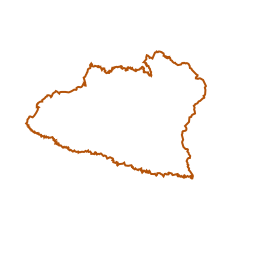 Alvarado, Tolima, Colombia (Albers equal-area conic projection), rotated 63°
{"feature_id": "7082276B11869280897475", "entity_name": "Alvarado", "entity_type": "district", "adm_level": 2, "iso_a3": "COL", "parent_name": "Colombia", "parent_adm1": "Tolima", "projection": "albers", "projection_center": [-75.005, 4.576], "detail": "fine", "context": "isolated", "style": "outline", "palette": "amber", "viewbox_px": 256, "rotation_deg": 63, "n_neighbors": 0, "source": "geoboundaries", "source_scale": "gbopen_adm2", "svg_char_len": 5724}
<svg xmlns="http://www.w3.org/2000/svg" viewBox="0 0 256 256"><g transform="rotate(63 128 128)"><path d="M95.0,49.3L94.8,50.7L95.5,51.9L94.6,55.0L92.1,56.4L91.3,56.4L90.9,57.4L89.3,58.2L88.0,58.3L86.7,59.2L84.8,58.7L84.1,59.8L83.3,59.1L82.8,60.4L83.7,61.2L83.0,61.9L82.3,62.2L81.7,61.5L81.1,62.0L81.3,62.7L80.2,63.0L79.8,63.5L78.8,62.7L77.6,62.5L76.4,63.4L75.8,63.5L74.5,64.8L73.8,65.8L74.0,67.0L72.8,67.8L73.3,68.8L73.1,69.8L77.2,74.7L75.6,75.7L75.4,76.9L74.5,76.7L72.7,77.3L71.7,78.2L73.3,79.7L75.0,80.4L76.5,84.0L76.9,83.3L77.9,83.2L78.4,82.4L79.8,82.5L79.8,83.2L81.5,83.1L81.8,81.8L82.1,81.6L84.3,82.0L85.0,81.6L87.5,82.2L88.7,82.0L89.6,82.9L91.6,83.2L92.1,83.7L90.6,84.2L90.9,85.1L90.7,85.2L89.8,85.0L88.8,85.4L87.6,84.9L86.6,86.7L85.6,87.7L85.8,88.3L85.5,88.6L84.5,88.2L83.9,87.5L82.8,87.7L82.2,86.7L81.1,86.8L80.0,87.4L80.0,88.0L81.0,89.0L80.5,89.8L81.1,91.2L80.5,93.5L79.7,94.3L80.8,94.7L80.9,95.2L79.3,96.4L78.6,96.5L77.4,97.8L76.4,97.2L76.2,98.7L75.2,98.5L75.0,99.8L74.0,100.2L73.9,100.8L74.5,101.6L76.0,101.9L75.8,103.9L75.5,104.0L74.5,102.7L72.6,104.5L72.7,106.1L71.3,106.7L70.5,105.6L70.0,105.7L69.6,106.3L69.5,108.3L69.1,108.8L69.2,109.6L68.4,110.2L68.0,111.6L68.3,112.8L67.7,112.9L67.7,113.5L67.3,114.5L68.8,114.9L68.9,115.2L68.4,115.7L70.1,117.2L70.0,117.7L69.1,117.9L68.5,118.6L68.9,119.3L69.9,119.3L70.4,119.8L70.1,120.4L69.2,120.6L69.5,121.4L69.3,122.3L67.2,123.1L66.8,122.2L65.3,122.6L64.2,122.1L63.5,123.1L64.5,124.9L62.0,124.8L61.5,125.2L60.9,124.9L60.8,125.5L59.9,125.9L60.4,126.6L60.3,127.0L60.0,127.2L59.2,126.8L58.8,127.9L57.6,129.2L57.8,129.7L57.6,130.8L56.5,131.9L55.0,131.1L54.7,131.3L54.9,131.7L53.9,131.6L54.7,133.2L55.3,133.1L55.3,133.4L56.8,133.9L57.5,134.5L57.3,136.4L57.6,137.1L59.7,138.7L59.9,139.4L60.8,140.1L61.3,141.1L62.8,142.8L63.0,144.6L69.2,145.8L68.0,145.7L67.7,146.4L70.2,146.2L71.0,146.5L70.7,147.0L68.7,147.5L68.5,147.8L69.9,149.7L70.3,150.9L70.1,152.0L69.1,153.1L68.8,153.9L68.9,155.6L70.3,156.3L70.5,156.8L69.4,158.5L69.6,161.9L69.4,164.6L67.4,167.5L65.4,171.5L65.3,172.6L66.1,173.6L63.7,174.5L62.3,175.5L62.9,176.6L63.0,178.6L63.5,179.7L65.2,181.7L65.5,182.6L64.3,182.6L63.6,182.9L62.5,184.3L62.3,185.2L63.1,186.0L62.9,187.1L63.7,188.7L64.2,191.8L65.5,192.4L64.7,194.2L64.9,196.8L65.5,197.4L65.4,198.0L66.1,198.8L67.8,199.7L67.8,198.9L69.1,198.1L69.3,199.3L70.7,200.0L72.7,202.8L74.5,206.0L75.2,208.1L73.2,210.0L73.1,210.7L74.3,212.2L74.8,213.7L76.9,215.0L77.7,216.7L79.4,215.9L80.2,216.4L80.6,215.6L81.1,216.1L81.6,215.9L82.1,216.3L82.7,215.6L83.2,215.9L84.6,215.2L85.0,215.6L85.6,215.1L86.5,215.2L86.6,214.5L88.7,214.1L89.5,213.5L89.2,213.0L90.1,213.0L90.1,212.5L91.1,211.9L91.4,210.8L92.1,211.1L92.4,210.1L93.0,210.4L93.6,210.2L94.7,208.5L95.7,208.6L95.9,209.1L96.3,209.1L96.2,208.2L96.6,207.4L97.5,207.0L97.4,206.6L98.1,206.8L97.8,206.3L98.4,206.0L98.4,205.4L99.3,205.3L99.4,205.0L99.0,204.7L99.5,204.6L99.7,203.4L100.9,203.1L100.8,202.5L101.4,201.5L101.8,199.5L102.7,199.3L103.4,199.6L104.1,199.0L105.0,199.8L105.8,199.1L106.0,198.3L106.5,199.2L107.6,198.8L108.2,199.3L108.0,198.0L109.2,198.4L109.7,197.8L110.0,197.9L110.1,198.7L111.3,197.8L110.8,197.0L112.4,197.2L113.0,195.8L115.7,195.0L115.7,193.8L116.3,193.9L116.4,193.0L117.0,192.5L116.8,191.8L118.0,191.4L118.0,190.1L118.7,190.0L119.3,190.8L119.8,190.9L121.4,190.0L121.1,189.4L121.6,188.9L124.0,187.8L123.7,186.0L124.8,185.8L125.9,184.8L126.4,183.1L127.3,183.3L127.1,182.6L127.8,181.9L128.2,179.9L129.4,178.0L129.2,176.2L130.3,175.6L130.0,173.9L130.9,174.2L131.5,173.9L131.8,172.4L133.3,172.1L134.4,172.5L135.1,170.9L136.0,169.9L135.8,169.4L134.8,168.7L134.7,168.2L135.4,167.7L136.4,168.2L137.5,167.8L137.3,166.5L138.4,165.3L138.2,164.2L138.5,163.6L141.8,162.6L141.9,161.3L143.1,160.3L145.8,160.4L145.9,157.3L148.3,155.4L149.0,155.4L149.7,156.6L150.6,155.8L151.8,156.6L153.6,154.8L153.7,154.3L153.1,153.7L154.1,152.9L155.5,153.3L155.9,154.5L156.6,154.4L156.1,152.4L157.4,149.0L157.2,147.1L158.6,147.4L160.2,147.3L161.8,145.0L162.7,141.9L163.2,141.7L164.6,142.2L165.1,141.4L166.0,141.8L167.8,140.8L167.4,139.8L168.2,139.6L170.1,138.1L169.7,137.5L170.1,136.4L170.1,134.6L170.8,134.9L171.3,135.9L171.7,135.9L172.4,134.7L173.8,135.6L174.2,135.6L173.3,133.0L174.3,132.3L175.4,132.3L175.6,131.8L174.4,130.7L175.7,130.3L176.5,131.0L177.3,130.0L177.1,129.1L176.1,129.3L175.8,128.5L176.6,128.3L178.3,128.5L179.5,128.2L181.0,125.5L181.0,124.8L183.2,124.4L183.0,123.6L181.6,122.3L182.7,120.1L184.1,119.5L184.8,118.8L187.2,118.3L185.6,116.2L185.9,115.2L187.0,114.5L187.7,113.0L187.5,112.6L186.3,112.3L186.3,111.9L188.4,109.7L189.7,109.8L190.3,109.5L191.5,104.6L192.3,104.6L192.6,105.5L193.6,105.5L194.3,104.4L193.8,103.7L195.4,103.0L195.2,102.0L195.9,101.9L197.7,100.7L197.6,100.0L196.4,100.2L196.0,99.5L195.0,99.3L198.1,98.6L197.8,96.8L199.1,96.0L199.2,93.8L200.1,93.5L201.0,94.6L202.0,94.0L202.1,93.6L200.4,92.1L199.5,91.8L194.5,92.4L193.1,92.9L191.7,91.9L190.3,92.4L189.4,92.3L189.0,91.4L188.4,91.0L187.5,91.5L186.2,90.8L184.1,90.8L182.7,89.1L182.2,87.8L182.8,86.5L181.2,85.3L178.8,85.7L177.5,85.3L175.9,85.8L174.7,84.5L174.1,84.5L173.6,84.9L172.8,86.3L170.0,87.2L165.6,86.4L164.8,85.9L163.5,84.2L158.5,83.1L157.3,81.8L156.3,81.4L155.8,80.6L156.5,77.9L156.1,76.9L155.3,76.3L154.1,76.0L152.1,76.3L150.3,70.9L146.4,68.4L146.8,66.6L145.8,65.7L145.4,64.7L145.5,61.7L143.2,60.9L141.5,60.7L140.1,59.4L138.1,59.3L137.8,57.9L137.3,57.3L137.5,54.9L136.4,53.0L136.6,51.5L135.6,47.9L135.7,46.4L135.1,46.0L133.7,46.1L133.5,44.7L133.0,44.0L129.2,41.7L126.9,41.2L126.0,39.5L119.3,39.3L116.6,41.1L116.1,42.0L116.0,43.3L114.6,45.0L113.7,44.5L113.2,42.5L112.5,42.0L111.2,42.8L105.4,44.6L103.8,44.6L102.7,45.6L100.7,44.9L98.3,45.0L96.9,46.1L96.6,47.4L95.7,48.0L95.6,48.9L95.0,49.3Z" fill="none" stroke="#b45309" stroke-width="2"/></g></svg>